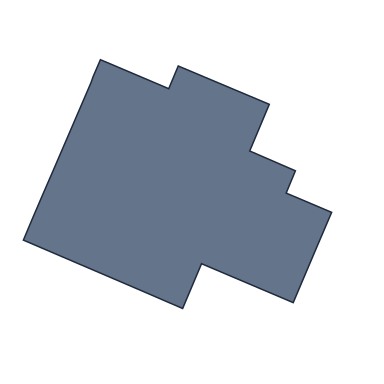 outline of Okmulgee, Oklahoma, United States of America, rotated 293°
{"feature_id": "52423323B23150098566474", "entity_name": "Okmulgee", "entity_type": "district", "adm_level": 2, "iso_a3": "USA", "parent_name": "United States of America", "parent_adm1": "Oklahoma", "projection": "albers", "projection_center": [-95.947, 35.617], "detail": "fine", "context": "isolated", "style": "filled", "palette": "slate", "viewbox_px": 384, "rotation_deg": 293, "n_neighbors": 0, "source": "geoboundaries", "source_scale": "gbopen_adm2", "svg_char_len": 424}
<svg xmlns="http://www.w3.org/2000/svg" viewBox="0 0 384 384"><g transform="rotate(293 192 192)"><path d="M178.8,328.4L188.3,328.4L227.8,328.5L227.8,279.1L251.9,278.9L252.3,229.1L302.9,228.9L302.6,130.1L278.0,130.2L278.0,56.0L259.8,55.9L253.2,56.3L212.5,56.1L155.1,55.8L130.7,55.6L105.2,55.5L81.8,55.6L81.4,179.4L81.1,228.9L129.7,228.8L129.7,328.4L178.8,328.4Z" fill="#64748b" stroke="#1e293b" stroke-width="1.5"/></g></svg>